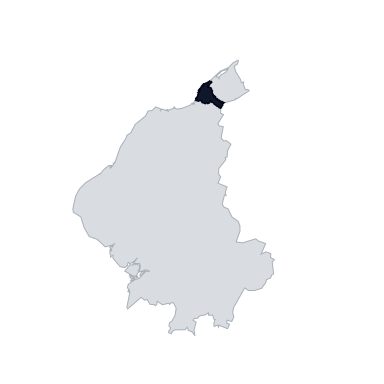 location of Santa Catarina within Brazil, rotated 202°
{"feature_id": "BRA-614", "entity_name": "Santa Catarina", "entity_type": "State", "adm_level": 1, "iso_a3": "BRA", "parent_name": "Brazil", "parent_adm1": "", "projection": "equal_earth", "projection_center": [-50.571, -27.663], "detail": "fine", "context": "in_parent", "style": "filled", "palette": "ink", "viewbox_px": 384, "rotation_deg": 202, "n_neighbors": 0, "source": "natural_earth", "source_scale": "10m", "svg_char_len": 8404}
<svg xmlns="http://www.w3.org/2000/svg" viewBox="0 0 384 384"><g transform="rotate(202 192 192)"><path d="M123.9,82.2L126.8,85.6L130.4,84.0L131.6,86.1L133.6,83.1L138.5,80.0L139.6,77.0L142.7,75.4L143.0,73.5L139.4,72.8L138.5,64.9L135.4,59.8L139.6,62.4L143.3,62.2L145.9,64.8L146.7,61.7L156.0,57.9L158.1,55.3L158.0,52.9L160.7,52.7L161.5,53.9L160.7,57.9L163.1,59.0L163.9,62.3L162.2,64.9L161.5,71.4L163.2,78.4L167.6,82.3L169.5,81.8L170.5,79.5L172.1,80.0L177.1,76.4L183.4,77.6L182.5,74.6L183.4,72.7L184.7,73.5L188.8,72.1L193.4,75.6L195.4,73.9L199.7,75.2L207.9,59.5L209.3,61.1L212.0,75.5L213.4,77.8L216.1,79.0L216.5,82.6L211.8,89.6L208.9,91.8L205.1,101.2L201.4,102.6L205.3,102.8L211.0,98.1L212.1,104.1L213.7,106.0L219.6,103.9L217.9,110.7L220.2,105.3L222.9,102.1L224.3,103.0L224.9,102.1L224.3,99.6L226.2,96.6L230.8,95.9L240.6,101.1L241.4,103.8L242.7,102.0L245.0,104.0L245.7,106.3L244.5,107.8L245.0,108.6L246.2,107.1L246.5,108.6L245.4,110.1L244.6,114.7L246.2,112.8L247.3,109.3L247.5,111.8L252.0,108.6L262.3,112.6L270.6,112.2L278.6,118.5L285.7,127.2L294.5,128.8L296.2,132.0L298.4,144.6L297.4,152.8L293.9,161.1L284.1,174.6L284.1,173.5L282.2,179.7L279.2,185.1L277.8,185.9L276.8,183.5L275.9,184.7L274.5,190.5L275.3,206.9L273.4,216.3L273.6,220.1L270.9,224.0L270.0,233.4L263.5,245.2L263.1,250.6L259.4,252.8L257.5,257.3L252.7,257.4L251.7,255.7L251.3,257.6L243.9,258.1L244.2,259.6L239.5,263.3L236.8,263.2L232.1,266.3L226.2,271.9L225.1,274.6L224.1,273.6L223.7,274.7L222.3,274.2L224.1,275.8L222.7,277.5L222.2,280.5L223.2,286.9L221.9,296.4L217.0,301.8L211.0,314.6L205.4,320.4L205.2,318.5L209.2,316.1L212.7,309.1L212.8,307.8L210.5,308.6L209.1,306.3L209.8,308.6L209.2,311.2L205.7,315.5L204.6,318.8L204.9,320.7L202.3,327.2L198.8,331.3L198.0,330.7L197.9,327.4L199.9,324.5L196.7,320.0L189.5,314.8L187.2,311.9L185.2,313.4L185.0,311.4L180.9,306.8L179.0,308.0L176.9,307.4L185.5,295.0L186.5,295.0L186.3,293.8L195.9,286.4L196.7,280.2L194.9,275.7L191.8,275.7L193.6,265.0L191.6,263.4L187.5,264.3L185.3,253.1L181.9,251.2L179.3,252.5L173.8,250.9L174.5,243.5L172.6,237.6L174.2,236.3L172.7,234.6L176.0,223.7L174.1,218.7L171.1,216.7L171.2,209.9L161.4,209.8L161.0,204.1L159.1,201.4L160.8,201.3L159.4,191.9L156.3,189.8L152.5,190.0L145.5,183.8L138.2,182.1L135.0,178.8L132.8,173.5L132.5,162.3L126.2,163.7L115.3,172.5L112.0,171.4L104.4,171.8L104.7,160.3L101.0,164.2L95.9,164.4L94.7,160.8L90.2,160.1L91.4,157.1L85.6,146.6L87.1,144.8L86.9,141.8L90.2,138.6L89.6,135.9L91.4,128.8L97.0,124.2L102.7,121.8L107.2,122.8L110.2,100.0L108.9,94.9L106.5,92.2L106.6,86.9L111.5,86.3L110.7,83.5L107.7,83.4L107.8,78.6L116.9,78.6L116.8,76.6L118.2,78.3L121.1,75.6L122.6,78.7L122.8,82.5L123.9,82.2ZM214.5,92.0L224.7,93.4L222.3,101.4L220.4,101.6L220.1,102.9L218.6,102.3L217.0,104.3L213.1,104.3L211.8,100.3L212.8,99.3L211.6,97.8L212.4,93.2L214.5,92.0ZM205.9,101.7L207.5,96.0L209.1,95.2L208.9,98.7L205.9,101.7ZM217.3,89.2L216.4,91.4L214.1,90.9L214.4,89.5L217.3,89.2ZM213.9,86.8L213.5,91.2L212.5,90.8L213.9,86.8ZM218.9,92.0L217.5,92.2L216.8,91.9L218.6,90.6L218.9,92.0ZM212.3,92.2L210.9,93.6L210.2,92.8L211.3,91.6L212.3,92.2ZM215.1,88.3L214.4,87.4L215.6,86.5L215.7,87.3L215.1,88.3ZM214.3,77.0L213.4,77.2L213.2,75.6L214.0,75.5L214.3,77.0ZM223.5,290.8L223.2,289.5L223.9,288.3L224.1,288.6L223.5,290.8ZM240.3,262.8L240.5,264.3L239.5,263.9L240.3,262.8ZM223.1,281.4L222.7,280.6L223.3,279.8L223.5,280.1L223.1,281.4ZM246.0,111.8L245.3,113.5L246.0,111.1L246.0,111.8ZM277.2,186.2L276.2,186.6L276.9,185.3L277.2,186.2ZM246.5,258.7L245.5,259.2L245.3,258.9L246.0,258.2L246.5,258.7ZM275.5,189.1L275.1,190.0L274.9,189.4L275.5,189.1ZM243.3,100.5L243.3,101.4L243.0,101.3L243.3,100.5Z" fill="#d9dde1" stroke="#a8b0b8" stroke-width="1"/><path d="M196.5,282.4L196.4,282.2L196.5,282.1L196.5,281.2L196.7,280.6L196.8,280.4L197.0,280.4L197.5,280.6L198.2,280.3L198.4,280.3L198.8,280.4L199.6,281.2L200.0,281.1L200.3,281.0L200.5,281.2L201.2,280.9L201.9,281.2L202.1,281.4L202.6,281.4L203.0,281.6L203.3,281.6L203.6,281.7L203.8,281.6L204.4,281.8L204.7,282.0L204.8,282.2L205.4,282.6L205.7,282.6L206.0,282.8L206.9,282.8L207.2,282.6L207.4,282.8L208.0,282.8L208.1,283.0L208.4,283.5L208.6,283.3L209.1,283.1L209.3,283.0L209.3,282.8L209.3,282.6L209.1,282.1L209.2,281.8L209.1,281.6L209.2,281.3L209.3,281.0L209.5,280.8L209.9,280.6L210.2,280.2L210.3,280.3L210.6,280.3L210.8,280.5L210.9,280.3L211.1,280.6L211.2,280.4L211.4,280.4L211.7,280.2L211.8,280.2L212.0,280.0L212.3,279.6L212.4,279.1L212.5,279.0L212.9,278.9L212.7,278.7L212.9,278.8L213.4,278.8L213.5,279.0L213.8,279.0L213.9,279.3L214.0,279.4L214.1,279.1L214.2,278.9L214.5,278.9L214.8,279.0L215.6,278.8L215.8,278.7L216.0,278.7L216.1,278.8L216.4,278.9L216.7,279.2L217.1,279.5L217.5,280.0L217.8,280.2L218.1,280.2L218.4,280.2L218.5,279.9L219.0,279.6L219.4,279.4L219.8,278.8L220.3,278.6L220.6,278.7L220.8,278.6L221.2,278.7L221.4,278.5L222.7,278.4L222.9,278.5L223.1,278.5L222.9,278.9L223.0,279.1L223.1,279.8L222.8,280.0L222.6,280.2L222.3,280.2L222.0,279.0L222.0,279.4L222.0,279.6L222.2,280.0L222.2,280.3L222.2,280.6L222.3,280.8L222.4,281.0L222.7,281.2L222.8,281.5L222.7,282.5L222.5,283.2L222.6,283.7L222.8,283.9L223.0,283.9L223.1,284.0L222.9,284.4L222.8,284.6L222.8,284.8L222.9,285.0L222.9,285.4L222.9,285.5L223.0,285.5L222.9,286.3L223.1,286.6L223.3,286.4L223.5,286.6L223.5,286.9L223.5,287.0L223.3,287.1L223.4,286.9L222.9,287.1L222.9,287.6L223.1,287.7L223.2,287.8L223.2,288.2L223.0,288.4L222.8,288.6L222.7,288.8L222.9,289.4L223.0,289.4L223.1,289.5L223.0,289.8L223.0,289.7L222.7,290.0L222.8,290.2L222.8,290.5L222.8,290.8L223.1,291.2L223.0,291.3L223.1,291.5L222.9,292.0L222.8,292.4L222.9,292.7L222.8,292.9L222.6,293.7L222.6,293.9L222.7,294.0L222.5,294.3L222.4,294.8L222.2,295.1L222.1,295.6L222.0,295.8L221.9,295.5L221.8,295.4L221.9,295.0L221.6,294.6L221.5,294.8L221.6,295.1L221.5,295.3L221.6,295.7L221.9,296.0L222.0,296.0L222.1,295.9L221.8,296.6L221.4,296.7L221.2,296.8L221.0,297.0L220.6,297.3L219.1,298.7L218.0,300.1L217.2,301.5L217.0,301.3L216.7,301.1L216.4,300.8L215.9,300.6L215.8,300.8L215.7,300.8L215.2,301.0L215.3,301.1L215.5,301.3L215.5,301.6L215.4,301.7L214.9,301.3L214.9,300.6L215.2,300.3L215.4,299.9L215.5,300.1L215.7,299.9L215.7,299.7L215.8,299.5L216.0,299.0L215.9,298.1L216.0,297.8L216.1,297.6L216.1,297.3L216.3,297.3L216.5,297.2L216.8,296.6L217.1,296.7L217.3,296.5L217.1,296.2L217.1,295.9L217.0,295.6L216.9,295.7L216.8,295.8L216.7,295.8L216.5,295.7L216.4,295.5L216.0,295.7L215.9,295.5L215.6,295.7L215.2,295.6L214.9,295.7L214.6,295.5L214.1,295.4L213.9,295.5L213.9,295.4L213.4,295.3L213.2,295.2L213.0,295.3L212.7,295.1L212.1,294.2L211.9,294.0L211.7,293.5L211.7,293.3L211.5,293.2L211.3,293.3L211.3,293.0L211.1,293.0L211.2,292.8L211.2,292.6L210.9,292.2L210.7,292.1L210.2,291.2L209.8,291.0L209.6,290.8L209.4,290.8L209.2,290.6L209.1,290.2L208.9,290.1L208.8,289.9L208.6,290.0L208.5,289.8L208.3,289.7L208.2,289.4L207.7,289.5L207.7,289.4L207.7,289.1L207.4,288.9L207.3,289.1L207.2,289.0L207.2,288.8L206.9,289.1L206.8,288.9L206.6,288.9L206.5,289.0L206.2,289.1L206.2,288.9L206.1,289.1L205.9,289.0L205.9,288.6L205.6,288.7L205.8,288.6L205.7,288.5L205.4,288.2L205.7,288.2L205.4,288.0L205.3,287.8L204.8,287.8L204.9,287.6L204.6,287.6L204.5,287.4L204.2,287.7L204.0,287.4L204.1,287.2L203.9,287.2L203.8,287.3L203.9,287.5L203.7,287.4L203.4,287.5L203.4,287.2L203.3,287.4L203.1,287.0L202.9,287.3L202.7,287.3L202.6,287.2L202.2,287.3L201.9,287.3L201.8,287.2L201.7,287.2L201.6,287.3L201.4,287.0L201.1,286.9L201.1,286.7L200.9,286.6L200.7,286.9L200.5,286.7L200.4,287.0L200.2,287.0L200.3,286.7L200.2,286.5L200.1,286.4L200.2,286.2L199.9,286.6L199.6,286.6L199.4,286.7L199.3,286.8L199.1,286.6L198.8,286.9L198.6,286.9L198.8,286.4L198.5,286.2L198.3,286.0L198.2,286.4L198.0,286.5L197.9,286.5L197.8,286.3L197.7,286.3L197.7,286.9L197.2,286.7L197.0,287.0L196.9,287.0L196.8,286.7L196.5,286.8L196.3,286.8L196.3,286.6L196.2,286.6L195.9,286.7L196.0,286.5L196.0,286.3L196.1,286.2L196.1,285.8L196.3,285.7L196.6,284.9L196.6,284.7L196.4,284.0L196.4,283.7L196.2,283.6L196.4,283.4L196.4,282.8L196.5,282.4ZM223.8,288.3L223.8,288.2L224.1,288.5L223.9,289.2L223.9,289.5L223.5,290.4L223.5,290.5L223.5,290.8L223.3,291.0L223.2,291.2L223.1,290.6L223.2,290.2L223.3,289.9L223.3,289.7L223.2,289.5L223.4,289.5L223.4,289.4L223.3,289.2L223.3,288.8L223.4,288.6L223.8,288.3ZM223.3,281.0L223.1,281.2L223.1,281.5L222.9,281.5L222.8,281.1L222.5,280.8L222.6,280.5L222.8,280.5L222.8,280.3L223.2,280.0L223.2,279.9L223.3,279.8L223.6,280.2L223.5,280.4L223.3,281.0Z" fill="#0f172a" stroke="#020617" stroke-width="1.5"/></g></svg>